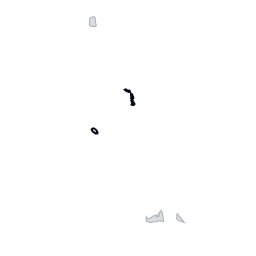 location of Ha'apai within Tonga, rotated 320°
{"feature_id": "TON-4948", "entity_name": "Ha'apai", "entity_type": "state/province", "adm_level": 1, "iso_a3": "TON", "parent_name": "Tonga", "parent_adm1": "", "projection": "natural_earth1", "projection_center": [-174.543, -19.707], "detail": "coarse", "context": "in_parent", "style": "outline", "palette": "ink", "viewbox_px": 256, "rotation_deg": 320, "n_neighbors": 0, "source": "natural_earth", "source_scale": "10m", "svg_char_len": 1179}
<svg xmlns="http://www.w3.org/2000/svg" viewBox="0 0 256 256"><g transform="rotate(320 128 128)"><path d="M94.9,215.4L95.8,215.5L96.8,213.2L100.3,212.4L99.9,214.8L95.3,222.5L92.4,219.5L83.9,214.6L82.2,210.7L85.0,207.8L84.7,210.2L86.2,211.2L90.9,211.6L95.2,213.7L92.5,214.4L94.9,215.4ZM171.8,24.9L169.3,29.4L168.2,29.3L165.4,26.7L164.4,25.0L168.6,19.8L170.8,19.4L173.8,21.1L173.6,22.6L171.8,24.9ZM110.7,225.3L110.4,236.6L107.3,231.4L106.9,229.0L110.1,225.5L110.7,225.3Z" fill="#d9dde1" stroke="#a8b0b8" stroke-width="1"/><path d="M100.7,105.7L101.7,106.6L102.2,108.6L102.1,110.9L101.4,112.4L101.4,111.8L101.0,112.4L100.3,111.7L99.6,111.4L99.6,110.9L98.8,108.5L98.7,107.8L99.0,106.3L99.4,105.7L100.7,105.7ZM145.8,112.4L146.6,112.1L147.3,111.4L147.8,110.4L148.0,109.3L149.3,109.8L148.8,111.2L148.7,112.6L148.4,113.8L147.1,114.0L146.3,113.3L145.8,112.4ZM149.3,107.3L150.4,106.6L151.6,104.5L152.4,103.6L152.7,104.7L152.5,105.7L152.1,106.6L151.9,107.5L151.4,108.5L150.4,108.6L149.5,108.1L149.3,107.3ZM151.7,99.2L153.0,100.0L153.2,100.7L152.9,101.3L151.9,101.1L151.2,99.9L150.4,98.1L150.1,96.7L151.1,96.9L151.4,97.6L151.7,99.2Z" fill="none" stroke="#020617" stroke-width="2"/></g></svg>